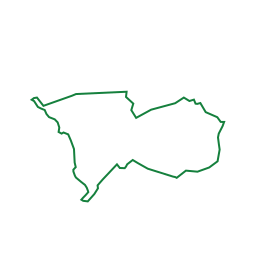 the district of Fraile Muerto, Cerro Largo, Uruguay, rotated 233°
{"feature_id": "84410073B83250552762977", "entity_name": "Fraile Muerto", "entity_type": "district", "adm_level": 2, "iso_a3": "URY", "parent_name": "Uruguay", "parent_adm1": "Cerro Largo", "projection": "orthographic", "projection_center": [-54.446, -32.51], "detail": "fine", "context": "isolated", "style": "outline", "palette": "green", "viewbox_px": 256, "rotation_deg": 233, "n_neighbors": 0, "source": "geoboundaries", "source_scale": "gbopen_adm2", "svg_char_len": 1054}
<svg xmlns="http://www.w3.org/2000/svg" viewBox="0 0 256 256"><g transform="rotate(233 128 128)"><path d="M58.9,136.9L59.1,148.6L51.3,157.2L47.6,169.1L47.5,179.5L55.6,188.2L60.5,190.9L66.3,194.2L68.9,197.1L72.6,204.7L75.0,208.4L77.1,205.7L82.9,205.8L86.8,203.6L93.9,199.6L104.4,200.8L105.6,197.8L106.8,196.6L111.0,197.7L112.6,193.3L118.7,190.9L119.4,180.6L128.7,157.5L131.2,140.6L140.3,141.4L144.3,146.9L154.0,145.1L157.8,148.7L186.4,106.9L187.5,102.6L196.6,73.8L207.1,73.6L208.5,70.9L208.5,68.1L206.0,69.2L199.1,68.7L196.0,70.2L192.5,72.3L188.2,71.3L184.2,71.5L179.0,74.7L174.8,75.2L169.7,73.4L166.6,70.2L163.5,71.6L163.2,73.8L158.9,76.4L152.3,74.8L143.7,72.2L132.5,64.6L128.2,62.7L127.6,59.3L126.1,58.2L121.9,56.9L119.8,56.6L112.9,58.2L108.4,59.4L105.0,59.1L102.0,58.2L100.7,57.7L99.9,53.8L99.3,49.9L98.8,47.6L96.8,48.4L93.6,51.7L95.5,61.3L97.9,67.7L100.5,69.2L102.1,76.8L105.6,97.3L101.0,97.4L97.9,101.2L98.4,103.2L99.5,105.5L99.6,112.5L93.9,114.8L83.6,119.3L62.1,134.7L60.4,136.2L58.9,136.9Z" fill="none" stroke="#15803d" stroke-width="2"/></g></svg>